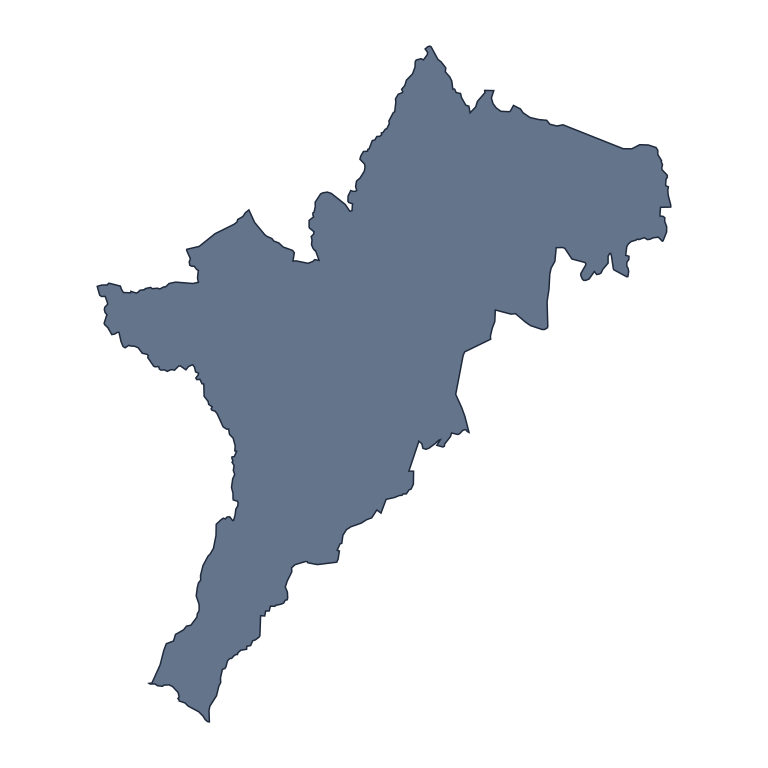 Atolinga, Zacatecas, Mexico
{"feature_id": "50627088B11442495571788", "entity_name": "Atolinga", "entity_type": "district", "adm_level": 2, "iso_a3": "MEX", "parent_name": "Mexico", "parent_adm1": "Zacatecas", "projection": "natural_earth1", "projection_center": [-103.443, 21.766], "detail": "fine", "context": "isolated", "style": "filled", "palette": "slate", "viewbox_px": 768, "rotation_deg": 0, "n_neighbors": 0, "source": "geoboundaries", "source_scale": "gbopen_adm2", "svg_char_len": 6096}
<svg xmlns="http://www.w3.org/2000/svg" viewBox="0 0 768 768"><path d="M149.1,683.4L150.0,684.0L155.2,684.0L157.4,685.7L162.5,686.3L164.1,685.1L169.2,684.9L172.6,686.6L178.1,692.5L179.1,696.8L177.9,698.7L178.9,699.4L179.2,701.0L184.9,702.9L188.3,706.2L198.8,711.8L203.1,716.2L205.2,719.6L207.5,721.6L209.4,721.9L209.0,710.5L209.9,706.1L216.5,695.8L218.9,686.0L220.7,682.5L220.5,677.9L222.4,669.4L224.9,668.5L225.9,667.0L227.4,661.2L228.6,659.6L230.0,658.5L231.7,658.4L233.8,655.9L235.9,654.5L237.5,654.5L238.0,652.7L240.9,650.2L246.6,649.3L246.8,646.3L250.6,645.6L252.7,640.8L255.4,639.9L259.2,637.0L259.9,635.7L260.6,615.7L264.7,616.0L265.7,611.0L269.2,611.0L270.4,606.2L274.9,606.3L275.5,605.4L281.0,604.2L283.6,603.1L285.3,600.2L287.2,599.8L287.7,598.0L287.4,592.1L285.3,587.0L287.3,580.9L291.8,571.8L291.6,567.8L295.0,564.7L305.2,561.6L307.2,561.6L307.9,562.8L317.3,564.6L336.7,562.2L338.1,559.2L339.4,551.0L337.2,550.3L340.0,543.9L341.8,543.3L342.9,535.3L346.4,529.7L350.8,526.8L361.3,523.1L366.6,519.7L371.8,517.8L376.8,510.0L381.0,513.1L386.1,499.4L394.5,497.5L399.4,495.5L402.0,495.3L403.2,493.9L406.3,493.9L409.1,489.8L411.1,489.1L413.4,484.2L413.6,471.2L408.9,471.1L418.9,441.2L421.8,443.7L422.9,448.3L426.0,449.3L429.3,448.0L435.5,443.3L438.8,440.1L440.3,439.7L436.8,445.3L442.9,447.0L444.4,446.2L444.6,444.1L450.4,436.7L451.6,433.0L457.9,434.5L459.9,433.5L462.3,430.8L464.5,429.7L466.0,429.8L467.2,431.5L469.0,432.4L464.9,416.4L461.7,407.6L455.7,394.4L463.1,355.7L464.6,351.9L490.7,339.2L490.4,336.1L492.3,328.1L494.8,321.6L495.3,310.0L510.9,314.1L515.6,313.7L525.3,322.0L530.5,325.6L542.1,329.5L544.5,329.5L547.4,327.8L547.8,326.5L547.1,301.6L549.0,289.1L549.8,274.1L551.1,268.2L554.9,261.3L556.2,247.7L562.5,247.5L564.8,248.3L571.9,259.0L585.0,262.5L585.9,263.9L585.6,265.2L580.8,273.6L580.8,275.4L582.2,278.9L583.6,280.3L585.7,280.4L589.1,279.0L594.4,271.5L596.6,274.5L599.1,274.1L601.0,273.1L602.7,269.5L608.1,263.1L608.1,256.1L609.8,253.4L610.7,253.5L611.5,256.1L613.3,268.6L614.0,269.9L626.8,276.8L627.9,276.6L628.7,271.3L628.0,268.1L626.8,266.2L626.9,262.0L628.8,259.7L629.0,256.3L625.7,255.3L626.8,246.5L628.4,243.9L631.2,241.5L635.9,240.2L637.2,239.1L638.9,239.6L644.3,237.7L647.4,239.6L649.9,239.3L653.2,237.8L658.3,237.2L662.3,241.2L663.1,240.8L666.6,232.0L666.7,226.8L664.7,221.3L664.8,217.7L662.9,216.3L659.9,216.0L660.5,207.3L670.2,207.1L670.8,207.0L670.7,204.8L668.2,195.2L667.8,190.3L668.4,186.8L665.9,185.8L665.6,184.5L666.1,179.1L667.3,177.5L667.3,175.3L662.0,169.7L661.8,167.8L662.5,164.5L661.2,161.7L661.6,160.7L657.8,154.5L657.8,150.4L656.1,147.6L648.4,145.0L639.8,144.7L631.8,148.8L623.1,148.7L563.0,124.8L556.8,126.0L549.8,124.2L546.7,120.3L539.0,119.6L530.0,117.5L523.0,112.7L520.5,109.0L513.5,105.4L510.3,111.2L509.2,111.7L500.9,111.3L496.3,108.0L493.0,103.6L491.4,98.0L493.8,90.6L484.7,90.4L484.9,92.7L477.4,101.4L475.7,106.9L470.1,112.8L468.9,106.2L465.8,105.2L461.5,97.6L460.6,93.5L456.2,92.6L454.6,89.1L452.8,89.1L451.8,81.1L449.9,77.1L445.3,71.8L445.8,67.9L441.0,61.7L438.0,59.5L431.1,46.8L429.9,46.1L427.8,46.7L425.1,49.0L427.6,52.4L427.3,54.6L423.4,59.9L421.1,58.7L416.2,60.0L415.2,61.8L415.0,67.2L412.5,73.9L406.4,80.2L404.8,85.5L401.6,89.3L402.7,91.6L402.5,92.5L398.2,94.3L395.5,98.8L395.8,102.5L394.7,111.7L393.2,112.7L388.9,120.9L389.3,123.6L386.9,128.5L385.2,129.3L383.0,132.5L381.3,133.0L381.7,134.7L379.8,136.3L376.8,136.5L374.8,140.0L372.3,140.5L369.2,148.7L367.9,149.3L367.5,151.2L363.4,151.5L360.8,156.0L359.9,159.2L364.6,164.1L365.0,167.2L364.3,171.2L360.1,177.9L356.5,181.1L355.6,186.5L356.7,190.4L355.7,191.2L353.2,191.4L350.8,190.5L348.1,195.9L347.9,201.1L348.6,202.4L352.5,203.8L352.0,210.6L349.9,211.3L345.2,204.4L331.3,193.4L327.3,192.1L322.9,192.8L320.6,193.9L315.1,202.3L315.3,206.5L314.1,211.9L312.9,212.9L312.9,215.1L313.6,216.8L309.1,220.4L309.1,226.6L309.3,227.9L314.0,231.8L313.5,234.3L311.2,236.5L312.0,240.0L311.5,244.6L312.9,248.1L314.6,250.5L315.5,250.6L319.1,260.4L314.8,259.6L312.6,261.6L307.9,263.3L296.3,260.9L293.0,261.1L294.3,252.7L292.6,250.4L283.1,247.0L278.8,242.9L273.7,241.0L272.0,238.6L266.6,236.2L264.6,234.5L254.6,222.4L248.9,209.9L245.4,212.7L242.9,216.5L237.7,219.5L236.9,222.1L234.0,224.3L215.0,233.7L199.2,246.4L186.8,249.3L186.6,250.3L190.4,258.8L189.2,261.9L189.8,265.3L191.7,266.2L194.2,266.3L196.7,269.5L198.3,270.4L197.5,278.1L198.4,282.3L192.9,283.5L175.6,282.1L169.1,283.5L165.5,286.9L163.7,286.9L159.8,289.0L157.6,288.2L152.1,288.7L150.7,287.4L145.2,288.6L144.7,289.6L139.9,290.3L137.6,292.6L135.9,293.0L130.9,291.3L130.6,292.8L123.4,292.5L121.5,289.4L120.4,286.1L110.0,283.4L108.6,283.3L107.3,284.9L101.5,285.1L97.2,286.4L99.7,295.2L101.6,296.5L105.2,296.4L107.5,302.9L107.5,304.4L104.9,307.1L104.3,309.4L105.1,312.6L106.9,314.6L104.1,323.3L104.8,324.8L107.8,327.6L111.8,334.6L114.8,334.0L117.5,332.3L119.0,332.4L121.0,341.5L123.0,346.4L125.1,347.8L128.9,345.3L130.4,346.0L134.4,346.2L138.1,347.7L142.3,353.3L147.0,354.3L148.3,355.7L147.7,357.5L153.6,366.1L154.9,366.8L158.6,366.6L159.4,369.1L161.0,370.1L164.5,369.9L167.3,371.4L170.0,370.0L172.4,369.6L174.4,370.3L178.6,366.1L180.3,365.9L185.9,369.8L188.5,366.5L192.5,364.7L194.4,366.9L195.6,371.9L198.5,373.2L198.4,374.7L195.8,378.0L196.9,379.7L199.9,379.3L202.0,383.8L203.8,384.0L204.1,396.3L208.1,401.4L208.7,404.4L212.2,406.9L211.1,408.9L211.9,410.2L215.1,411.2L217.1,413.7L223.1,426.8L226.5,429.1L228.6,429.1L229.5,434.4L233.1,438.1L235.2,445.9L234.8,450.9L236.6,451.2L234.3,456.5L231.9,457.0L231.9,458.3L232.9,461.0L232.0,462.3L234.1,465.5L233.3,470.4L234.7,474.5L232.7,478.8L231.5,487.4L233.0,493.3L233.0,498.5L233.3,500.0L237.5,501.2L238.1,503.0L237.7,505.9L235.8,509.2L235.1,515.0L233.6,520.3L232.7,520.6L229.7,516.8L227.1,517.0L225.3,518.9L223.3,518.2L221.2,519.6L216.2,524.3L216.0,535.4L213.4,548.5L210.0,554.2L208.1,556.0L203.0,565.5L200.5,575.5L200.7,580.1L198.5,582.8L197.3,587.5L196.2,595.9L199.0,604.1L199.2,609.4L198.7,611.6L197.4,613.5L196.9,617.1L190.9,625.2L186.5,626.1L183.6,629.8L175.5,634.4L173.5,641.0L166.3,643.7L163.8,650.4L160.1,664.9L151.9,683.0L149.1,683.4Z" fill="#64748b" stroke="#1e293b" stroke-width="1.5"/></svg>